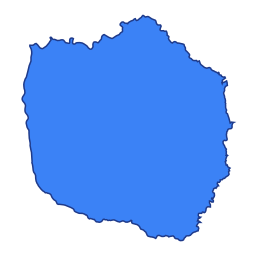 the district of Rio Sono, Tocantins, Brazil
{"feature_id": "56859067B84036552664614", "entity_name": "Rio Sono", "entity_type": "district", "adm_level": 2, "iso_a3": "BRA", "parent_name": "Brazil", "parent_adm1": "Tocantins", "projection": "robinson", "projection_center": [-47.503, -9.644], "detail": "fine", "context": "isolated", "style": "filled", "palette": "blue", "viewbox_px": 256, "rotation_deg": 0, "n_neighbors": 0, "source": "geoboundaries", "source_scale": "gbopen_adm2", "svg_char_len": 5738}
<svg xmlns="http://www.w3.org/2000/svg" viewBox="0 0 256 256"><path d="M45.3,192.8L46.6,192.7L47.9,193.3L48.9,193.4L50.2,194.1L50.8,194.6L52.0,197.3L52.9,198.6L54.0,199.8L55.3,200.6L56.0,201.2L57.1,203.7L58.1,204.3L59.4,204.3L63.5,204.8L65.2,205.2L71.1,207.6L73.2,208.8L73.8,209.4L74.4,211.0L75.4,211.8L78.5,213.1L79.4,213.3L82.5,213.4L84.8,214.2L85.5,214.9L86.3,214.9L87.2,215.7L88.0,217.7L88.6,218.4L89.5,218.9L90.4,218.5L92.6,219.1L93.5,219.5L94.4,219.5L95.3,220.8L96.3,221.8L98.2,222.0L99.0,222.2L99.9,222.2L101.6,221.5L103.2,219.4L104.1,219.2L105.1,219.8L106.7,219.7L108.0,220.5L109.3,220.2L110.4,220.5L113.3,219.9L114.4,220.0L117.6,221.5L119.7,222.0L122.6,220.9L123.6,221.0L125.7,222.1L127.6,222.1L129.8,221.3L131.0,220.3L131.7,220.7L131.6,221.6L131.8,222.8L132.6,223.4L137.4,224.7L139.4,226.4L140.7,229.0L143.6,230.1L144.6,231.2L145.8,232.1L147.3,235.4L148.1,236.2L150.9,236.9L152.1,237.0L154.0,237.5L155.7,238.4L156.3,237.7L156.9,236.3L157.9,235.5L159.2,235.4L162.0,236.5L163.8,236.4L164.8,236.1L165.7,235.5L168.0,236.1L168.8,236.9L170.1,236.4L173.1,235.9L174.3,236.9L174.6,237.9L175.9,238.7L177.2,238.7L178.3,239.2L179.0,240.0L180.2,240.6L182.2,240.5L183.5,239.9L184.4,238.0L185.4,237.2L186.0,236.2L187.2,235.8L188.8,235.8L190.4,235.2L192.6,232.9L194.4,232.0L195.3,231.9L196.6,231.2L198.2,230.8L198.3,229.4L198.7,228.8L198.7,228.0L198.0,226.7L196.6,226.4L196.6,225.5L197.3,224.6L198.1,223.1L199.0,222.4L200.6,222.4L199.7,221.6L198.5,220.9L197.5,220.9L198.0,219.8L198.3,218.2L199.7,218.2L200.7,217.2L199.8,217.1L198.7,216.6L198.3,215.6L198.3,214.8L198.6,213.5L199.6,213.3L201.7,213.3L202.4,212.1L203.1,212.0L204.1,212.7L205.2,212.1L205.8,210.8L206.2,208.2L207.1,207.1L207.8,206.7L210.4,207.0L210.4,204.8L209.5,202.9L209.5,201.0L211.0,201.4L211.9,202.1L213.3,201.9L213.4,200.7L212.8,199.8L211.6,198.8L212.0,198.0L213.1,198.4L214.2,196.6L214.5,195.4L214.3,193.2L213.1,192.7L212.6,191.2L213.5,189.7L213.6,188.7L215.3,187.9L216.0,188.3L217.5,186.0L218.6,185.8L218.0,184.7L217.2,183.9L217.6,182.3L219.4,182.3L220.3,181.1L220.2,179.9L222.3,179.7L223.4,178.4L224.6,178.4L225.6,177.2L228.3,175.4L229.1,174.1L228.8,173.4L228.6,171.4L229.6,170.8L228.8,169.3L230.0,168.1L228.1,167.0L227.6,166.5L227.3,165.0L226.2,165.1L225.3,161.6L226.2,160.8L225.7,160.0L225.8,159.2L226.8,156.1L227.6,155.5L227.0,155.1L226.1,155.2L226.5,154.3L226.2,153.4L226.4,151.9L226.0,150.2L226.4,149.2L225.1,147.5L224.6,146.0L223.2,143.6L223.0,141.9L223.2,141.2L224.3,140.3L225.6,140.6L226.7,140.3L227.2,139.2L226.6,136.7L226.4,134.3L226.7,133.2L226.8,131.7L227.5,130.9L227.9,129.5L228.8,128.9L231.1,128.6L231.8,128.0L232.1,127.1L232.0,125.5L232.3,124.2L233.0,122.8L233.8,122.4L231.3,122.1L230.8,122.8L230.2,123.1L228.9,118.1L227.4,113.7L226.4,113.1L226.1,112.0L226.2,111.2L226.6,110.1L225.9,108.7L225.6,107.4L225.6,105.0L225.5,104.3L225.7,103.3L225.2,102.5L225.5,101.0L225.2,99.0L224.6,97.7L224.5,96.1L223.8,94.1L223.6,92.9L224.6,90.5L224.5,88.5L225.5,86.4L227.4,85.4L227.2,84.2L227.1,82.7L226.6,80.9L224.3,82.2L222.5,82.8L222.2,83.6L221.8,82.4L222.4,81.5L222.3,80.3L225.4,78.0L224.8,76.9L224.0,77.3L221.5,76.3L221.3,75.3L219.1,74.6L219.1,73.1L218.7,72.5L218.0,73.3L217.0,72.5L214.9,71.6L213.6,70.8L212.9,70.7L211.3,69.6L210.6,68.1L209.2,67.5L206.8,68.2L204.6,67.5L200.9,64.6L200.3,63.7L199.3,60.9L197.5,61.7L196.6,60.5L194.3,60.6L193.1,60.4L192.3,59.8L191.2,58.6L190.0,58.1L189.4,57.6L189.0,56.8L189.5,55.8L189.5,54.4L187.3,51.9L185.7,50.4L185.4,49.6L185.4,47.9L185.0,47.0L184.5,46.3L184.0,44.5L182.9,44.0L178.8,43.1L177.4,43.1L176.3,42.2L174.9,41.6L174.0,41.8L173.2,42.3L172.4,43.0L171.2,42.5L169.0,39.8L168.5,38.5L168.9,36.8L168.5,36.2L167.1,35.2L167.2,34.1L166.8,32.1L166.2,31.1L164.5,31.3L163.6,30.7L161.3,30.8L160.5,30.5L160.1,29.9L160.1,29.1L161.1,26.1L160.5,25.0L158.4,25.0L157.6,24.8L156.9,24.1L156.4,23.2L155.9,21.2L155.4,20.3L151.7,18.8L148.7,16.8L147.9,16.5L145.2,17.0L143.7,15.7L143.0,15.4L142.2,16.1L141.2,17.5L139.8,18.4L138.1,19.9L137.4,20.3L136.5,20.5L135.8,19.8L135.3,18.7L134.3,19.0L133.0,20.3L130.8,21.1L128.2,22.7L127.7,23.7L126.1,23.2L124.9,23.2L123.3,22.0L122.3,22.0L121.6,22.3L120.5,23.5L120.1,24.2L120.3,25.3L121.9,26.5L122.6,27.3L122.4,29.3L122.6,31.1L122.2,31.8L120.5,32.9L119.2,34.6L116.4,35.8L112.5,38.4L111.6,38.4L108.9,37.4L104.2,34.6L103.4,34.8L102.1,36.0L101.7,36.9L101.4,38.8L101.1,39.5L100.2,40.3L98.4,42.6L97.7,42.7L96.0,42.0L94.9,41.9L93.9,42.1L93.2,43.1L92.9,44.5L93.0,46.5L92.7,47.5L91.7,48.9L90.9,49.2L90.0,49.1L89.0,48.4L88.3,47.8L87.0,46.0L86.2,45.4L83.8,43.8L82.2,43.0L79.8,42.6L77.0,42.7L76.0,43.0L75.0,43.9L74.0,44.1L73.0,43.7L72.5,42.8L72.8,40.5L73.4,38.7L72.7,38.2L71.9,38.1L71.1,38.1L70.3,38.5L69.9,39.3L69.7,40.1L69.7,42.4L69.4,43.2L68.4,43.3L65.5,42.6L63.7,40.3L63.0,39.9L62.0,39.8L60.9,39.9L59.5,40.4L57.4,40.5L54.7,39.4L53.1,39.4L52.5,39.0L51.5,37.6L50.9,37.2L50.2,37.5L50.3,38.2L50.8,39.1L51.0,40.0L49.7,41.7L49.2,42.7L46.4,46.1L42.7,48.6L42.0,48.6L40.3,48.1L39.2,46.9L37.5,44.7L36.1,43.5L35.0,43.8L33.5,45.0L32.2,45.3L29.9,45.2L29.8,46.1L31.2,49.1L31.4,49.9L31.7,51.7L31.7,53.9L31.0,57.2L31.0,60.3L30.9,61.3L29.2,65.7L27.8,71.6L26.3,77.3L25.2,79.0L24.1,82.4L23.8,84.4L23.9,86.3L24.1,88.3L24.7,90.3L24.9,92.5L24.7,93.5L24.3,94.4L22.7,96.9L22.2,98.2L22.2,99.7L22.8,101.0L24.7,103.4L25.4,105.0L25.5,106.0L25.0,109.0L25.0,111.0L25.3,112.2L25.9,113.2L27.3,115.0L27.7,115.7L28.1,116.8L28.3,118.0L28.1,118.8L26.7,120.9L26.3,122.0L26.2,123.2L27.1,127.2L28.0,128.9L28.7,129.8L29.0,130.9L29.0,133.1L29.3,138.3L30.1,142.6L30.2,143.8L30.1,145.6L30.9,149.9L31.5,152.4L32.1,161.7L31.9,162.9L32.3,163.7L32.8,166.5L33.2,170.3L33.7,172.1L35.0,174.0L35.6,175.6L35.7,178.3L36.1,181.0L37.1,183.5L37.9,184.5L38.2,185.5L41.1,189.2L42.4,190.5L43.1,191.1L44.1,191.6L45.3,192.8Z" fill="#3b82f6" stroke="#1e3a8a" stroke-width="1.5"/></svg>